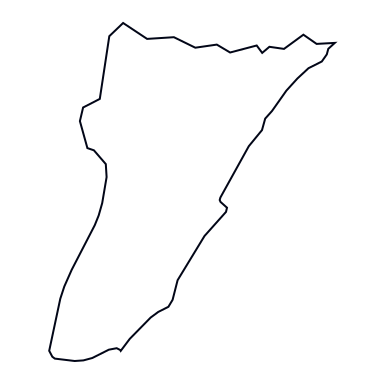 Cape May, New Jersey, United States of America
{"feature_id": "52423323B74589242943410", "entity_name": "Cape May", "entity_type": "district", "adm_level": 2, "iso_a3": "USA", "parent_name": "United States of America", "parent_adm1": "New Jersey", "projection": "albers", "projection_center": [-74.781, 39.126], "detail": "fine", "context": "isolated", "style": "outline", "palette": "ink", "viewbox_px": 384, "rotation_deg": 0, "n_neighbors": 0, "source": "geoboundaries", "source_scale": "gbopen_adm2", "svg_char_len": 809}
<svg xmlns="http://www.w3.org/2000/svg" viewBox="0 0 384 384"><path d="M123.1,23.0L109.3,36.2L99.8,98.9L83.1,107.5L79.9,121.1L87.4,148.1L93.9,150.3L105.8,164.1L106.6,177.1L102.2,203.1L98.7,215.4L94.8,225.1L71.7,269.8L64.3,286.5L60.3,298.7L49.2,350.8L52.3,356.7L54.8,358.6L74.7,361.0L83.4,360.4L92.3,358.0L108.8,349.7L116.7,348.2L120.2,350.0L120.7,350.9L129.8,338.8L150.7,317.5L158.3,311.9L168.4,306.8L172.6,299.8L177.6,280.2L204.5,236.0L226.0,211.9L227.0,207.7L220.5,201.9L219.7,200.0L220.4,197.5L248.8,146.2L262.0,130.1L265.2,118.6L272.0,111.0L286.4,90.6L297.4,78.5L308.5,68.2L321.8,61.5L326.8,54.4L328.3,48.8L334.8,42.9L316.6,43.9L303.4,34.7L284.0,48.9L269.4,46.8L262.2,52.9L256.7,45.5L230.1,52.5L216.8,44.6L195.3,47.7L173.9,37.2L147.1,38.9L123.1,23.0Z" fill="none" stroke="#020617" stroke-width="2"/></svg>